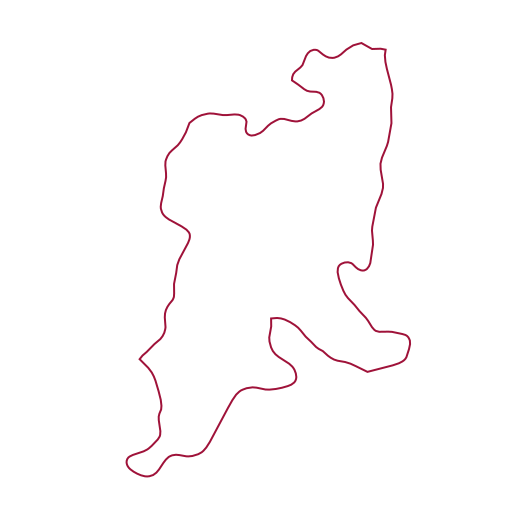 outline of Fantino, Sánchez Ramírez, Dominican Republic, rotated 344°
{"feature_id": "3306468B63590922856333", "entity_name": "Fantino", "entity_type": "district", "adm_level": 2, "iso_a3": "DOM", "parent_name": "Dominican Republic", "parent_adm1": "Sánchez Ramírez", "projection": "albers", "projection_center": [-70.302, 19.098], "detail": "fine", "context": "isolated", "style": "outline", "palette": "rose", "viewbox_px": 512, "rotation_deg": 344, "n_neighbors": 0, "source": "geoboundaries", "source_scale": "gbopen_adm2", "svg_char_len": 3778}
<svg xmlns="http://www.w3.org/2000/svg" viewBox="0 0 512 512"><g transform="rotate(344 256 256)"><path d="M416.0,80.3L407.5,80.3L399.8,82.5L393.3,85.6L389.9,86.7L386.1,87.0L384.2,86.7L380.8,85.4L378.1,83.3L375.9,80.8L372.4,75.8L371.3,74.8L369.8,74.1L368.2,73.7L364.7,73.9L361.7,75.4L359.2,77.6L353.3,85.3L350.6,87.0L344.5,89.6L341.9,91.5L340.1,94.1L339.0,97.1L343.9,103.0L348.2,108.8L350.5,111.2L353.3,112.8L359.2,114.8L362.0,116.6L363.0,118.0L363.7,119.5L364.3,122.9L363.9,126.4L363.1,128.1L362.1,129.6L360.7,130.8L357.5,132.2L348.7,134.3L340.4,137.5L336.7,138.2L332.9,138.0L331.0,137.5L327.4,135.9L320.8,132.0L317.3,130.9L315.6,130.8L312.4,131.3L307.0,132.6L303.5,134.1L297.3,137.6L293.8,138.9L288.4,139.5L284.9,139.0L283.4,138.2L282.0,137.0L281.1,135.5L280.7,133.9L281.0,130.9L283.9,124.3L283.8,121.9L283.4,120.7L281.9,118.4L279.5,116.2L278.0,115.3L274.4,114.0L266.8,112.5L263.0,111.4L254.6,107.5L250.8,106.2L248.8,105.9L242.7,105.6L238.6,106.1L235.0,107.2L228.7,109.8L222.7,117.8L217.2,123.4L214.3,125.9L211.3,128.0L204.4,131.3L201.2,133.1L198.4,135.6L196.1,138.5L195.1,140.1L193.8,143.9L192.3,151.7L191.3,155.5L189.7,158.9L186.1,165.5L182.9,172.7L179.4,179.0L178.0,182.4L177.6,184.3L177.7,188.3L178.2,190.3L179.0,192.1L180.0,193.8L182.5,197.0L192.7,207.1L196.4,211.5L198.0,214.8L198.3,216.6L198.0,218.5L197.4,220.2L196.5,221.8L194.2,224.8L181.4,238.0L177.8,243.0L174.6,250.3L169.5,260.3L167.0,269.4L165.8,272.7L164.8,274.1L163.7,275.3L159.5,278.2L156.9,280.4L154.5,283.1L152.7,286.2L151.4,289.9L149.4,299.5L148.6,301.3L146.7,304.5L144.1,307.3L141.1,309.5L134.0,312.7L124.5,318.1L119.5,320.4L115.7,323.1L121.6,333.8L123.7,339.3L124.6,343.7L125.0,348.1L125.1,359.3L124.8,368.0L123.8,374.0L122.5,377.4L119.7,380.9L118.2,383.6L117.3,387.0L115.8,398.0L114.6,401.4L113.7,402.9L111.0,405.3L103.3,409.8L99.9,411.4L98.2,412.0L94.2,412.8L82.8,413.3L79.4,413.9L77.8,414.5L76.3,415.7L75.2,417.3L74.6,419.1L74.5,421.0L74.8,422.9L75.5,424.8L76.5,426.5L78.9,429.6L81.8,432.5L85.0,435.1L88.6,437.2L90.6,437.9L92.7,438.3L96.7,438.2L100.5,436.8L103.9,434.5L110.0,429.3L113.2,426.9L116.7,425.1L118.6,424.7L120.5,424.5L124.3,425.0L127.6,426.3L133.9,429.4L135.8,430.0L139.7,430.7L145.8,430.6L149.7,429.7L151.7,428.8L155.4,426.4L160.4,422.0L187.2,394.3L193.6,388.0L198.7,383.8L202.5,381.8L204.5,381.1L206.5,380.8L210.5,380.5L216.5,381.3L220.2,382.7L228.4,387.0L232.3,388.2L238.5,389.3L244.7,389.8L250.7,389.8L254.4,389.4L257.9,388.1L259.4,386.9L260.6,385.3L261.4,383.5L261.9,379.8L261.6,376.0L261.1,374.1L260.4,372.3L258.2,368.7L250.0,359.3L247.6,355.8L246.0,352.0L245.3,348.0L245.4,341.9L246.3,337.9L251.2,327.9L253.3,320.2L259.2,321.4L262.8,322.9L266.1,325.0L270.5,328.9L274.4,333.3L276.7,336.5L278.5,340.1L281.5,347.2L285.3,353.6L288.6,359.9L290.6,362.5L294.0,365.8L297.6,371.6L299.8,374.4L302.4,377.0L305.5,379.1L312.5,382.5L317.2,385.6L321.6,389.4L331.2,398.1L357.3,398.8L363.8,398.5L367.7,397.7L369.6,397.0L371.3,396.0L372.7,394.7L377.4,387.7L379.8,383.2L380.6,379.7L380.4,377.9L380.0,376.1L379.1,374.4L377.9,373.1L375.1,371.3L365.8,366.4L362.3,365.2L353.5,362.8L350.5,361.0L349.4,359.6L347.9,356.4L345.9,349.3L344.6,345.8L340.3,337.5L337.2,330.2L332.8,321.8L331.3,317.9L330.4,313.5L329.7,306.8L329.5,300.2L330.0,294.0L331.4,290.3L332.6,288.7L334.2,287.6L336.0,287.0L339.4,286.7L342.8,287.4L345.6,289.1L346.6,290.3L348.8,294.3L350.5,296.7L352.8,298.6L354.2,299.3L355.9,299.7L357.6,299.5L359.1,299.0L361.8,297.0L363.9,294.3L371.6,277.4L372.6,273.4L374.5,263.5L375.9,259.8L384.6,242.6L393.7,231.0L396.8,225.6L398.0,221.7L399.6,207.5L401.1,201.6L404.2,196.2L412.1,186.3L414.4,182.8L422.8,165.7L426.8,150.2L430.5,142.0L431.9,137.7L432.6,133.2L433.0,128.6L433.4,112.1L433.9,105.1L435.2,98.5L437.5,93.4L432.9,91.1L424.6,89.0L416.0,80.3Z" fill="none" stroke="#9f1239" stroke-width="2"/></g></svg>